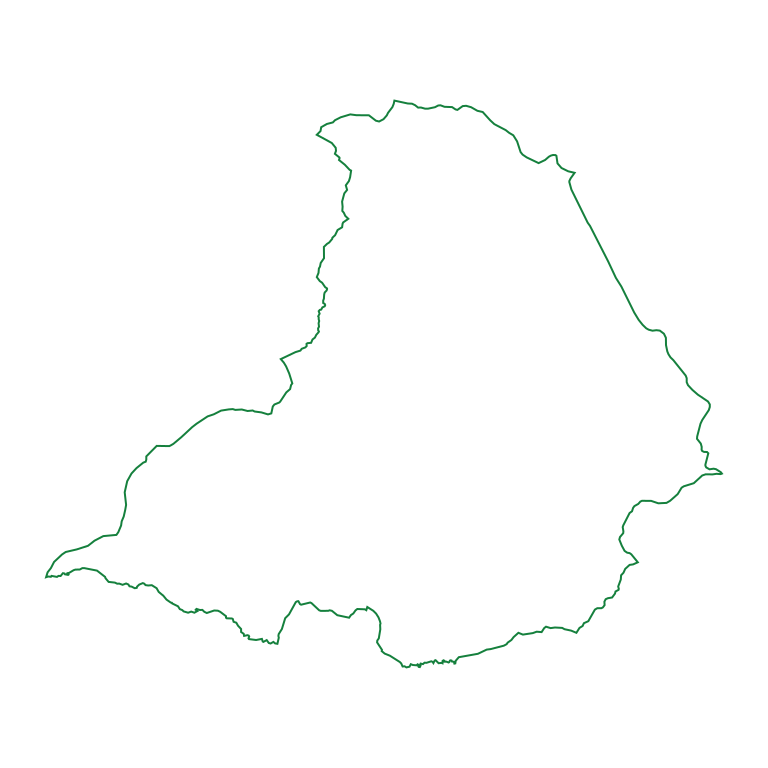 Iedera, Dâmbovita, Romania
{"feature_id": "2599482B64080351201146", "entity_name": "Iedera", "entity_type": "district", "adm_level": 2, "iso_a3": "ROU", "parent_name": "Romania", "parent_adm1": "Dâmbovita", "projection": "natural_earth1", "projection_center": [25.641, 45.048], "detail": "fine", "context": "isolated", "style": "outline", "palette": "green", "viewbox_px": 768, "rotation_deg": 0, "n_neighbors": 0, "source": "geoboundaries", "source_scale": "gbopen_adm2", "svg_char_len": 6096}
<svg xmlns="http://www.w3.org/2000/svg" viewBox="0 0 768 768"><path d="M576.4,632.8L579.5,627.9L582.6,626.0L583.9,623.2L588.3,621.2L594.9,609.6L597.3,608.2L601.4,608.2L602.9,607.4L604.6,605.1L604.4,601.7L605.7,599.2L607.9,598.2L612.1,597.5L615.0,593.6L615.5,591.5L618.5,589.9L618.8,588.9L618.2,586.5L620.8,579.5L621.1,575.3L623.5,572.7L625.2,568.9L629.6,564.9L633.1,564.4L637.8,562.3L631.3,554.3L629.6,553.1L627.2,552.7L624.6,550.9L621.8,545.7L619.3,539.5L620.0,537.0L623.2,533.2L623.4,531.3L622.7,527.1L623.3,525.3L629.6,513.0L632.0,511.3L633.1,507.9L634.4,506.1L638.3,503.9L640.3,501.6L642.0,500.8L651.2,500.9L658.3,503.3L666.5,502.9L670.1,500.8L677.7,494.1L681.6,487.7L683.8,486.3L693.8,483.2L702.2,475.5L705.7,474.3L712.6,474.4L716.5,473.8L720.6,474.1L721.9,473.6L720.8,472.2L716.0,469.2L713.6,468.7L709.5,469.3L706.2,467.4L705.4,465.7L705.4,464.6L708.3,453.3L707.0,452.0L704.0,451.9L702.2,451.0L701.6,449.8L701.7,446.9L700.8,443.6L697.0,438.8L697.2,436.4L700.5,423.7L702.3,419.9L708.8,410.1L709.8,407.0L709.8,404.4L708.0,401.5L697.9,394.7L692.4,389.9L688.0,385.2L686.7,382.2L686.7,378.2L685.7,375.6L673.3,360.1L670.5,357.4L668.5,354.3L667.3,351.4L666.0,345.1L665.9,337.8L663.9,333.7L659.8,330.6L656.4,330.2L652.5,330.7L648.7,329.7L646.2,328.3L642.6,324.8L638.7,319.9L634.2,312.5L621.4,286.6L615.9,277.9L608.2,261.5L590.0,225.9L587.7,222.7L571.4,189.6L569.3,182.0L569.4,180.9L570.6,178.4L574.6,172.8L568.2,171.3L561.5,168.0L557.5,163.4L556.4,155.8L555.5,155.1L553.0,155.0L550.9,155.6L548.9,156.7L545.1,160.0L538.6,163.1L526.7,157.4L522.6,154.6L520.6,152.1L517.1,141.4L513.3,135.3L509.1,132.8L505.7,130.1L494.4,124.2L490.2,120.3L482.7,112.0L477.4,110.8L471.1,107.2L466.1,105.8L462.7,106.1L457.4,109.9L455.5,109.4L452.1,107.1L444.5,106.8L440.5,105.3L438.2,105.5L435.0,107.2L427.9,108.7L425.2,108.7L420.9,107.5L418.1,107.6L415.1,105.2L412.0,103.7L407.8,103.5L394.4,100.6L393.7,103.9L392.4,107.1L388.0,112.9L386.8,115.4L383.5,119.2L379.1,121.5L375.9,120.7L368.9,115.3L356.4,115.2L350.3,114.4L340.7,117.3L335.0,120.2L332.9,122.4L326.8,124.0L321.2,127.2L320.5,131.1L316.8,134.8L331.8,143.0L335.7,147.8L336.0,150.9L334.9,153.8L339.3,157.4L339.6,158.0L339.0,160.0L344.8,164.7L349.6,169.8L351.1,170.6L350.1,177.2L348.9,181.1L345.8,185.3L347.1,189.9L344.3,193.4L342.1,201.6L342.6,206.7L342.3,210.9L343.8,212.7L345.3,215.9L348.3,218.8L343.2,222.4L342.6,223.6L342.1,227.3L337.6,230.0L335.1,235.2L332.4,237.7L332.2,238.9L329.2,242.5L327.0,243.9L323.9,246.9L324.0,258.2L320.7,263.0L320.0,266.6L318.9,268.5L318.5,272.9L316.8,277.1L319.8,281.1L322.1,282.7L325.2,287.2L327.0,288.4L327.1,289.0L326.6,290.5L324.7,292.5L324.2,294.3L323.9,298.7L323.2,300.6L323.2,303.0L324.7,303.9L325.2,305.1L324.7,306.3L322.4,307.4L321.2,309.6L319.8,309.9L318.7,311.2L319.6,313.7L318.2,316.3L318.7,317.2L318.7,319.3L319.2,321.0L318.6,323.2L319.0,326.7L318.1,328.4L318.2,330.4L318.9,331.4L318.6,332.2L316.3,334.8L314.9,337.6L312.5,339.5L311.1,342.8L307.4,343.2L306.5,343.9L306.7,346.0L305.4,347.4L301.7,348.8L300.4,350.6L295.5,352.1L280.8,359.1L283.8,362.6L286.1,366.4L289.2,373.5L292.3,383.4L291.1,385.0L290.1,389.1L286.3,392.4L280.2,401.6L279.3,402.5L274.4,404.5L272.8,406.5L271.3,413.4L268.0,414.4L261.4,412.4L254.6,411.5L252.7,410.5L247.6,411.0L241.8,409.5L235.3,409.9L232.8,409.1L228.8,409.4L221.1,410.6L213.8,414.3L207.6,416.4L196.6,423.7L192.2,427.1L181.2,437.3L173.3,443.9L170.4,445.6L169.2,446.1L156.7,445.9L146.3,456.4L146.3,459.6L145.7,461.7L143.3,462.6L136.5,468.1L131.5,473.5L127.2,481.2L124.7,492.3L126.1,504.9L125.2,510.0L123.7,516.6L121.7,521.3L121.1,525.5L118.3,532.2L116.4,534.9L103.3,536.1L94.5,540.7L88.0,545.8L76.8,549.4L65.7,552.0L62.0,554.5L54.1,561.9L50.9,568.1L47.6,572.3L46.1,577.2L48.2,576.5L50.9,576.8L51.5,575.9L57.0,576.9L58.5,575.9L60.6,576.0L62.9,573.2L64.5,573.5L64.9,574.3L68.1,574.9L68.5,574.6L68.2,574.2L67.4,574.4L67.0,573.8L67.3,573.2L69.1,572.9L73.6,570.2L75.4,569.6L79.8,569.5L82.4,568.1L84.2,568.1L97.0,570.6L105.1,576.9L105.5,578.2L108.6,581.9L114.9,582.6L117.2,583.7L119.2,583.6L122.6,584.8L126.1,583.5L128.4,584.5L129.5,586.3L131.6,586.6L134.7,588.2L136.7,587.9L137.1,586.6L139.2,584.6L142.8,583.1L144.3,583.7L145.5,585.1L148.2,585.5L151.8,585.2L156.6,588.2L158.7,591.9L163.4,595.8L166.5,599.6L170.8,602.6L171.9,602.8L172.1,603.4L178.0,606.3L179.8,609.1L182.3,610.1L183.6,611.4L188.1,612.7L191.2,611.6L194.4,612.7L197.3,611.1L195.7,609.8L196.5,608.9L199.9,610.0L202.4,609.9L204.3,611.8L206.8,613.0L214.2,610.5L217.9,610.7L220.2,611.8L226.0,616.2L226.0,617.7L226.7,618.3L231.9,618.5L232.8,619.0L233.6,621.8L236.3,622.7L238.0,625.7L241.1,629.0L241.1,632.0L243.7,633.8L244.1,635.9L247.4,635.2L248.7,635.6L249.2,636.5L248.5,638.4L249.0,639.1L256.1,640.0L261.9,638.9L262.7,641.5L263.4,641.9L266.7,640.1L268.8,643.0L270.6,643.5L273.4,641.9L275.1,643.4L277.4,643.8L278.8,637.7L278.4,635.9L278.7,634.1L281.9,629.0L285.2,618.2L289.0,614.4L295.8,602.1L297.2,601.3L298.4,601.2L300.0,604.1L301.1,604.7L310.2,602.5L311.5,603.1L319.2,610.3L320.9,610.9L328.3,610.8L329.6,610.3L331.9,610.8L337.3,615.2L349.1,617.7L350.9,615.1L353.3,613.5L355.5,610.4L357.3,609.0L364.8,609.3L366.3,610.2L367.3,607.0L373.3,610.8L376.1,613.6L378.5,617.4L380.0,621.3L380.5,623.5L380.1,624.8L380.3,629.3L378.8,638.4L377.3,640.5L377.1,642.4L382.0,649.9L381.7,651.1L384.7,653.6L389.9,655.7L399.8,662.0L401.2,663.4L402.6,666.5L404.6,666.3L406.4,667.4L409.5,666.7L410.8,664.2L412.8,665.0L416.5,665.3L417.6,664.3L418.8,665.1L418.3,666.3L418.7,666.9L419.8,667.1L420.6,665.5L420.2,664.5L420.6,663.6L423.0,664.1L424.5,662.7L426.5,662.8L431.3,661.3L432.6,661.9L433.4,663.1L434.7,660.5L435.6,660.2L438.6,663.2L441.5,662.9L442.5,663.3L442.6,660.9L443.5,660.3L444.3,660.7L444.2,661.7L446.5,661.7L448.6,662.5L449.3,662.1L449.9,660.6L450.8,660.3L451.6,660.6L451.9,661.5L453.9,661.8L454.4,663.6L455.3,663.4L455.7,660.8L458.8,657.2L477.9,653.8L486.7,649.6L490.6,649.1L503.8,645.7L506.6,644.2L507.7,642.6L511.4,640.0L513.6,637.1L518.4,632.8L522.9,634.6L532.8,633.1L536.7,631.7L541.6,632.1L544.2,628.1L546.0,626.7L550.6,628.1L555.0,627.5L562.2,627.9L564.5,629.2L571.1,630.6L576.4,632.8Z" fill="none" stroke="#15803d" stroke-width="2"/></svg>